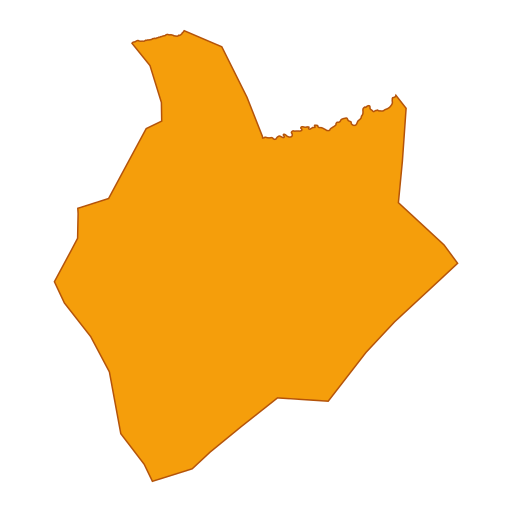 Bayan-Adraga, Hentiy, Mongolia
{"feature_id": "93677404B94037066175058", "entity_name": "Bayan-Adraga", "entity_type": "district", "adm_level": 2, "iso_a3": "MNG", "parent_name": "Mongolia", "parent_adm1": "Hentiy", "projection": "equal_earth", "projection_center": [111.25, 48.494], "detail": "fine", "context": "isolated", "style": "filled", "palette": "amber", "viewbox_px": 512, "rotation_deg": 0, "n_neighbors": 0, "source": "geoboundaries", "source_scale": "gbopen_adm2", "svg_char_len": 5641}
<svg xmlns="http://www.w3.org/2000/svg" viewBox="0 0 512 512"><path d="M457.6,263.3L444.0,244.9L398.4,202.7L402.4,161.1L406.1,108.3L395.9,95.3L395.5,96.5L395.0,96.9L394.2,97.3L393.3,97.6L392.7,97.7L392.5,98.0L392.3,98.4L392.3,99.1L392.2,100.6L392.4,102.2L392.4,102.7L392.3,103.3L391.7,104.7L391.1,105.5L390.5,106.3L389.5,107.4L388.3,108.2L387.5,108.7L386.9,108.9L386.3,109.2L385.6,109.4L385.0,109.7L384.3,110.1L383.9,110.5L383.3,110.8L382.4,111.0L381.8,111.0L381.1,111.0L380.5,110.9L379.9,110.9L379.3,110.9L378.9,110.9L378.5,110.8L378.3,110.7L378.0,110.4L377.7,110.1L377.3,110.1L376.6,110.5L376.3,110.4L375.9,110.5L375.5,110.6L375.0,110.9L374.2,111.4L373.7,111.6L373.3,111.5L372.8,111.2L372.1,110.4L371.6,110.0L371.0,109.7L370.4,109.1L370.2,108.8L370.0,108.2L370.0,107.2L369.9,106.5L369.8,106.2L369.5,105.9L369.2,105.8L368.9,105.7L368.5,105.7L368.0,105.8L367.3,106.1L366.8,106.4L366.4,106.8L366.0,107.2L365.7,107.3L365.4,107.3L365.3,107.2L365.0,107.0L364.9,107.0L364.7,107.1L364.3,107.4L363.8,107.8L363.2,108.5L363.0,109.1L362.9,110.2L363.0,111.4L363.0,112.5L362.9,113.5L362.8,114.0L362.4,114.9L361.4,116.3L361.4,116.7L361.1,117.9L360.7,118.5L360.0,119.3L359.3,119.9L358.7,120.3L357.8,121.2L357.1,122.8L356.6,124.0L355.9,124.9L355.3,125.3L354.4,125.4L353.8,125.4L352.9,125.1L352.2,124.6L351.6,124.1L351.3,123.5L351.2,123.0L351.2,122.4L351.0,121.9L350.5,121.6L349.5,121.2L348.8,120.9L348.2,120.5L347.9,120.0L347.6,119.3L347.3,118.7L347.0,118.3L346.7,118.1L346.3,118.0L346.0,118.0L345.5,118.2L344.8,118.3L343.4,118.6L342.6,118.9L341.8,119.2L341.0,119.8L340.7,120.3L340.3,121.1L340.1,121.5L339.8,121.7L339.3,122.0L338.8,122.3L337.7,122.2L337.3,122.3L336.9,122.4L336.5,122.8L336.2,123.3L336.0,123.7L336.0,124.6L335.8,125.0L335.6,125.2L334.8,125.9L333.8,126.6L332.7,127.2L332.1,127.7L331.5,128.0L330.8,128.5L330.3,129.0L330.1,129.4L329.8,130.0L329.4,130.4L328.8,130.6L327.9,130.6L327.3,130.5L326.8,130.5L326.4,130.3L326.1,130.0L325.7,129.7L324.5,129.1L323.2,128.4L322.4,128.0L321.7,127.8L321.1,127.6L319.5,127.6L319.1,127.5L318.6,127.4L317.8,126.5L317.8,126.0L317.7,125.7L317.4,125.5L316.9,125.3L316.2,125.3L315.6,125.2L315.0,125.2L314.8,125.2L314.6,125.3L314.5,125.5L314.7,126.0L314.8,126.3L315.0,126.7L315.0,127.0L314.9,127.4L314.5,127.4L314.1,127.5L313.7,127.5L313.2,127.5L312.7,127.5L312.4,127.6L312.2,127.8L311.9,128.1L311.3,128.4L310.9,128.6L310.4,129.0L309.8,129.2L309.4,129.1L309.0,129.0L308.7,128.7L308.6,128.4L308.6,128.0L308.8,127.6L309.0,127.2L308.9,127.1L308.7,127.0L307.6,126.9L306.9,126.9L306.3,127.2L304.7,127.2L303.5,126.9L302.3,126.7L301.7,126.8L301.3,127.0L301.0,127.4L300.8,127.8L300.9,128.3L301.3,128.7L301.7,129.0L301.8,129.4L301.9,129.8L301.8,130.1L301.5,130.5L300.9,130.8L300.3,131.0L299.6,131.1L298.4,131.0L296.8,131.0L296.1,131.0L295.3,131.1L294.7,131.2L294.0,131.0L293.5,130.9L293.0,130.9L292.7,131.0L292.2,131.3L291.7,131.8L291.4,132.3L291.4,132.7L291.6,133.1L291.9,133.4L292.1,133.6L292.1,133.9L292.3,134.9L292.2,135.6L291.9,136.2L291.4,136.7L290.5,137.0L289.5,137.1L288.6,136.9L287.5,136.4L286.7,135.9L286.0,135.2L285.5,134.8L284.5,134.3L284.1,134.3L283.7,134.3L283.4,134.6L283.3,134.9L283.4,135.2L283.7,135.6L284.1,136.2L284.3,136.6L284.2,136.9L284.0,137.4L283.8,137.5L283.3,137.6L282.8,137.5L282.1,137.2L281.1,136.7L279.9,136.1L279.3,136.0L278.9,136.1L278.4,136.4L277.7,136.8L277.0,137.4L276.2,138.6L275.8,139.1L275.1,139.3L274.3,139.3L273.7,139.0L273.2,138.7L272.8,138.1L272.4,137.9L272.0,137.7L271.6,137.6L271.3,137.6L271.1,137.6L270.8,137.7L270.2,137.8L269.2,137.9L267.7,137.8L266.5,137.5L265.9,137.3L265.4,137.2L265.0,137.2L264.7,137.3L264.4,137.6L264.2,137.7L263.7,137.9L262.6,138.0L262.5,136.6L247.0,97.3L221.8,46.8L184.2,30.7L183.7,31.3L183.6,31.6L183.2,32.1L182.8,32.5L182.2,33.0L182.0,33.3L182.0,33.6L181.9,33.8L181.5,34.1L181.2,34.3L181.0,34.5L180.8,34.8L180.6,34.9L180.5,35.0L180.1,35.1L179.9,35.2L179.7,35.3L179.3,35.4L179.2,35.3L179.0,35.2L178.9,35.2L178.7,35.2L178.6,35.3L178.5,35.6L178.4,35.7L178.1,35.8L177.4,36.2L177.1,36.3L176.8,36.2L176.6,36.1L176.4,36.1L176.2,36.2L175.9,36.2L175.7,36.1L175.2,35.9L174.7,35.8L174.3,35.9L174.1,35.9L173.9,35.8L173.6,35.6L173.4,35.4L173.1,35.3L172.8,35.2L172.5,35.2L172.1,35.0L171.9,34.9L171.6,34.8L171.1,34.9L170.8,34.9L170.5,34.8L170.2,34.7L169.7,34.8L169.2,34.9L168.8,34.8L167.6,34.4L167.4,34.4L167.2,34.4L166.9,34.5L166.7,34.6L166.2,34.7L166.0,34.8L165.8,35.0L165.4,35.4L165.1,35.6L164.6,35.7L163.9,35.8L163.5,35.9L163.1,36.0L162.7,36.1L161.6,36.6L161.0,36.6L160.6,36.7L160.1,37.0L159.9,37.2L159.6,37.2L159.0,37.2L158.7,37.2L158.6,37.3L158.3,37.5L158.0,37.7L157.5,37.8L157.1,37.9L156.8,37.9L156.5,38.1L156.3,38.2L156.1,38.4L155.9,38.5L155.6,38.5L155.3,38.4L155.1,38.3L154.9,38.4L154.7,38.5L154.5,38.4L154.4,38.3L154.2,38.3L153.8,38.5L153.5,38.6L153.2,38.7L152.9,38.7L152.6,38.7L152.5,38.8L152.4,38.9L152.1,39.2L151.8,39.3L151.6,39.3L151.2,39.6L150.8,39.6L150.5,39.6L150.2,39.8L149.7,39.8L149.4,39.8L149.2,39.9L149.0,40.0L148.9,40.0L148.7,40.0L148.2,39.9L147.4,40.0L147.2,40.1L146.8,40.3L146.6,40.3L146.3,40.3L146.0,40.3L145.8,40.2L145.6,40.3L145.4,40.4L144.8,40.8L144.4,41.1L143.7,41.2L143.0,41.2L141.9,41.1L141.0,41.3L139.3,41.0L138.8,40.9L138.4,40.6L138.0,40.5L137.7,40.5L137.1,40.7L136.6,40.9L136.3,41.0L135.3,41.7L134.5,41.9L133.9,42.0L133.5,42.1L133.0,42.3L132.6,42.5L132.4,42.7L132.0,43.3L150.0,65.6L161.4,102.5L161.7,121.1L146.2,128.6L122.4,172.8L108.6,198.5L77.8,208.3L78.1,213.7L77.6,238.3L70.7,251.4L54.4,281.7L64.4,303.0L90.7,336.6L109.4,371.9L120.8,433.7L144.2,464.3L152.4,481.3L192.2,468.8L210.2,452.0L241.1,426.7L277.5,397.9L328.2,401.2L366.0,352.4L394.6,321.8L435.4,284.0L457.6,263.3Z" fill="#f59e0b" stroke="#b45309" stroke-width="1.5"/></svg>